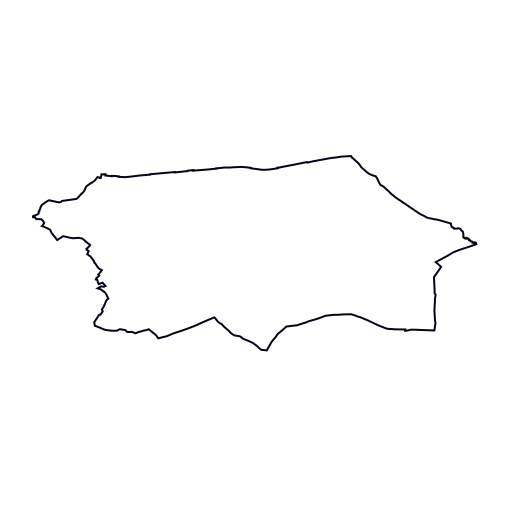 Biķernieku pag., Daugavpils, Latvia, rotated 177°
{"feature_id": "27541924B40947468766186", "entity_name": "Biķernieku pag.", "entity_type": "district", "adm_level": 2, "iso_a3": "LVA", "parent_name": "Latvia", "parent_adm1": "Daugavpils", "projection": "equal_earth", "projection_center": [26.875, 55.973], "detail": "fine", "context": "isolated", "style": "outline", "palette": "ink", "viewbox_px": 512, "rotation_deg": 177, "n_neighbors": 0, "source": "geoboundaries", "source_scale": "gbopen_adm2", "svg_char_len": 5781}
<svg xmlns="http://www.w3.org/2000/svg" viewBox="0 0 512 512"><g transform="rotate(177 256 256)"><path d="M35.4,256.3L36.0,257.0L35.9,257.4L35.8,257.8L36.0,257.9L36.4,257.7L36.3,258.1L36.6,258.2L36.8,258.2L36.8,257.6L37.0,257.5L37.4,257.6L37.6,257.9L37.7,258.0L38.1,257.7L38.5,257.7L38.9,257.8L39.1,257.9L39.0,258.2L38.8,258.4L39.2,258.7L39.2,259.0L40.3,259.5L41.1,259.6L41.3,260.0L41.6,260.4L41.6,260.7L42.0,260.8L42.2,260.6L42.6,260.7L42.7,261.0L42.4,261.4L42.8,262.0L43.1,262.3L43.7,262.4L44.4,262.2L44.6,262.4L44.3,262.8L44.5,263.1L45.0,262.9L45.3,262.5L46.0,262.4L46.4,262.6L46.3,263.1L46.5,263.3L47.1,263.1L48.0,263.8L47.8,266.1L47.8,267.2L48.1,269.2L48.2,269.5L49.8,271.0L50.0,271.2L50.0,271.5L50.1,271.9L50.3,272.3L51.5,272.9L52.0,272.9L52.5,273.1L53.4,272.9L55.3,272.9L56.4,272.9L56.7,272.9L56.9,273.0L57.0,273.1L57.0,273.3L57.0,273.6L57.9,274.3L58.4,274.3L58.6,274.5L59.1,275.0L59.3,275.3L59.3,275.5L59.5,276.7L59.6,277.1L59.7,278.2L59.8,278.3L70.8,282.1L71.5,282.3L72.4,282.6L73.2,282.8L73.9,283.0L74.7,283.1L76.4,283.5L82.3,285.1L83.2,285.4L86.5,287.5L89.6,289.1L92.4,291.2L94.3,292.6L102.8,299.1L106.7,302.0L113.6,307.2L115.0,308.6L116.1,309.6L117.6,310.8L119.0,312.4L119.6,313.1L125.0,318.6L128.1,320.6L129.1,322.5L130.9,326.8L130.9,327.3L131.7,328.3L132.2,329.3L135.7,330.6L138.7,332.1L140.7,333.7L146.2,339.1L147.7,341.7L149.3,343.7L151.5,345.9L154.6,349.0L154.8,349.0L155.1,349.4L155.7,350.8L165.4,350.8L170.0,350.3L177.1,349.8L194.0,347.6L197.7,346.9L199.8,346.6L200.0,347.1L202.7,346.8L203.9,346.6L208.1,346.0L212.1,345.4L216.3,344.8L219.4,344.4L227.7,343.2L229.8,343.1L229.6,342.5L237.6,341.7L243.0,341.6L245.6,341.8L256.7,343.9L256.6,344.3L259.9,344.9L263.3,345.4L265.4,345.7L274.7,345.8L277.4,345.7L282.3,346.0L284.8,345.9L291.1,345.6L291.0,345.3L299.8,344.9L314.4,344.5L314.2,345.1L319.6,344.8L319.7,344.4L332.7,343.7L332.7,344.1L348.8,343.5L357.5,343.2L357.5,342.8L366.8,342.5L367.8,342.5L377.3,341.8L382.6,341.6L388.9,342.2L388.8,342.7L390.4,342.8L390.9,343.1L395.7,343.6L395.8,343.2L397.1,343.4L400.0,343.9L402.2,344.3L401.9,345.4L403.4,345.7L404.0,345.4L406.0,345.7L406.7,342.9L406.9,342.2L407.0,342.0L407.7,342.0L408.7,342.8L410.1,343.1L413.1,339.8L413.6,339.3L414.9,338.6L415.1,338.4L416.1,337.7L416.4,337.9L417.8,337.0L418.2,336.7L419.5,335.9L420.9,335.0L421.5,334.6L422.1,334.0L422.3,333.6L422.9,332.5L423.3,331.5L423.9,330.3L424.2,329.9L424.9,329.1L425.1,328.8L425.8,328.2L426.2,328.0L426.7,327.6L427.0,327.4L427.0,327.2L427.8,326.5L428.4,325.9L429.3,325.1L430.1,324.2L430.6,323.8L431.4,323.2L431.7,322.9L431.9,322.7L432.4,322.4L447.0,321.1L447.6,320.3L449.9,319.8L459.7,322.5L461.9,321.5L462.9,320.9L463.8,320.4L464.5,320.0L465.7,319.0L466.8,318.5L467.3,318.1L467.5,317.6L468.1,316.9L468.4,316.2L468.8,315.7L468.8,315.1L469.1,314.3L469.4,313.7L469.9,313.2L469.9,312.8L469.9,312.7L470.1,312.6L470.1,312.4L470.0,312.1L470.7,311.7L470.8,311.5L470.9,311.3L470.8,311.0L470.7,310.7L471.0,309.6L472.7,308.7L473.2,308.5L476.5,307.5L476.6,306.7L476.6,306.4L474.8,306.2L474.7,306.1L473.5,304.5L473.4,304.4L469.8,304.1L468.6,304.0L466.9,302.3L466.7,301.7L466.2,300.9L465.8,300.1L467.8,297.2L468.0,297.1L465.1,295.7L461.3,293.7L460.6,293.3L459.6,291.8L459.5,291.2L459.1,290.0L459.0,289.9L457.2,287.3L457.1,287.2L456.2,286.0L453.7,282.3L450.1,284.4L447.4,285.9L444.9,285.1L443.2,284.7L442.8,284.5L440.2,283.8L437.7,283.3L432.0,283.4L429.0,282.7L426.9,281.1L425.5,279.6L424.7,278.8L421.1,275.8L421.9,274.6L423.1,273.4L425.0,272.0L424.9,271.2L424.6,271.2L422.9,269.6L424.4,266.6L421.3,264.2L418.6,260.2L418.3,259.3L418.1,259.3L417.6,257.6L417.0,257.1L414.4,252.7L413.1,251.4L410.7,249.9L413.5,246.6L414.5,245.8L413.6,244.6L416.7,242.1L417.2,241.0L415.9,240.6L414.6,236.2L410.6,237.4L407.9,233.9L409.7,233.2L412.1,233.8L415.8,232.0L412.6,230.7L409.8,228.4L408.7,227.5L407.2,224.8L406.5,223.0L406.0,221.7L405.7,221.1L407.3,220.0L408.2,218.5L410.6,213.6L411.5,212.3L412.7,210.6L412.0,208.8L414.2,205.8L414.3,205.6L414.5,205.5L414.8,205.6L416.1,205.2L416.2,204.8L420.9,198.5L420.9,196.9L420.7,196.1L420.6,194.7L419.1,194.2L410.7,190.2L407.2,189.5L404.1,189.0L404.1,188.9L398.4,188.7L398.0,189.0L396.1,189.9L395.9,190.0L395.7,190.0L390.5,188.9L388.4,186.8L384.3,186.7L383.9,186.7L380.4,185.1L379.2,185.6L378.5,185.8L377.7,186.1L376.4,186.3L376.0,186.4L375.9,186.5L375.4,186.6L374.4,186.8L373.9,186.9L373.7,186.9L372.9,187.2L372.0,187.4L370.8,187.5L368.9,187.9L367.9,188.1L367.5,188.3L367.2,188.5L365.3,187.0L359.8,182.0L359.5,181.4L357.9,178.9L352.5,180.0L349.2,180.6L342.0,183.2L336.6,184.6L329.2,186.7L319.8,189.8L317.4,190.6L317.2,190.9L305.9,195.1L300.7,196.9L297.5,192.4L297.2,192.1L295.5,190.7L295.1,190.4L294.0,190.0L293.2,189.0L291.7,187.2L289.7,185.2L289.4,184.8L289.2,184.7L287.7,183.4L285.7,181.1L285.3,180.5L282.1,178.0L276.5,176.7L274.9,175.7L275.0,175.5L273.3,174.1L271.8,173.3L270.3,172.7L267.8,171.5L265.2,170.2L263.0,168.9L261.2,167.3L260.8,167.0L259.5,165.8L258.1,164.3L255.6,162.0L250.1,161.2L249.3,162.6L244.9,169.4L243.7,170.8L240.3,174.4L238.5,176.9L235.6,179.0L233.0,181.0L229.3,184.0L229.1,184.0L218.4,184.7L217.1,185.1L214.3,185.8L213.6,186.1L213.2,186.1L209.7,187.0L206.9,188.0L204.1,188.7L200.8,189.4L196.6,190.5L195.0,191.0L189.7,192.7L181.0,193.2L177.2,193.0L171.3,193.1L163.8,192.8L159.2,191.0L157.5,190.2L154.6,189.2L147.6,185.8L137.8,180.5L129.0,176.5L120.8,175.5L110.7,174.8L110.9,173.5L109.2,173.6L106.7,174.0L105.7,174.2L104.5,174.3L99.1,173.9L96.3,173.6L81.8,172.3L80.3,179.4L80.6,182.7L80.7,191.6L80.6,193.3L80.4,195.0L80.2,196.4L80.1,198.0L79.7,200.6L79.7,202.4L79.7,202.6L78.7,208.1L79.5,209.4L79.6,210.3L79.4,213.4L79.4,225.6L71.7,235.4L74.8,238.6L76.8,240.5L71.1,243.2L70.9,243.3L66.0,245.6L62.4,247.4L58.9,249.3L52.7,251.4L50.1,252.1L39.9,254.9L35.8,256.1L35.4,256.3Z" fill="none" stroke="#020617" stroke-width="2"/></g></svg>